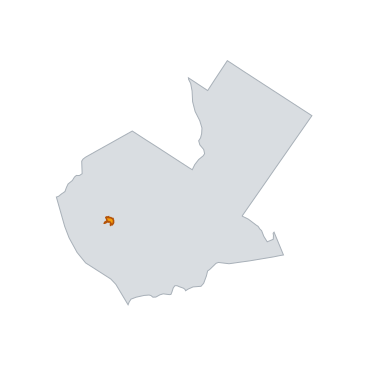 Lago De Atitlan, Sololá, Guatemala shown in context, rotated 33°
{"feature_id": "79465075B18487207511943", "entity_name": "Lago De Atitlan", "entity_type": "district", "adm_level": 2, "iso_a3": "GTM", "parent_name": "Guatemala", "parent_adm1": "Sololá", "projection": "robinson", "projection_center": [-91.2, 14.679], "detail": "fine", "context": "in_parent", "style": "filled", "palette": "amber", "viewbox_px": 384, "rotation_deg": 33, "n_neighbors": 0, "source": "geoboundaries", "source_scale": "gbopen_adm2", "svg_char_len": 3861}
<svg xmlns="http://www.w3.org/2000/svg" viewBox="0 0 384 384"><g transform="rotate(33 192 192)"><path d="M81.0,270.1L82.4,268.4L83.6,264.7L85.2,260.8L84.2,256.4L83.7,252.8L85.4,247.5L85.3,243.5L86.0,241.1L88.6,239.5L89.9,236.5L82.7,226.2L82.7,223.8L83.7,220.9L89.5,209.8L96.5,196.6L104.1,182.1L108.7,173.4L125.5,173.4L136.5,173.3L150.6,173.3L165.9,173.3L175.9,173.3L180.1,173.2L179.4,167.5L179.9,161.2L181.7,155.5L181.7,153.0L178.7,150.0L172.9,148.2L169.7,145.4L169.7,142.0L168.3,137.8L165.5,132.9L159.6,127.9L150.8,122.8L143.3,115.9L137.1,107.3L131.8,101.7L127.8,99.4L126.8,98.2L138.7,98.3L149.9,98.4L149.9,86.0L150.0,75.0L150.1,62.6L170.3,62.7L194.5,62.7L219.6,62.7L239.4,62.7L251.0,62.7L250.5,78.1L249.9,95.9L249.5,109.0L248.9,126.5L248.4,144.4L247.6,168.8L247.1,184.5L247.4,184.9L254.0,184.1L263.7,184.8L266.1,184.8L269.1,186.1L271.4,186.5L276.4,190.1L282.2,192.8L285.9,187.4L284.0,184.1L282.5,182.4L282.7,181.0L303.0,195.0L300.6,197.2L295.5,202.2L286.2,210.7L277.8,218.4L269.8,225.3L262.6,231.6L261.7,232.2L252.5,236.7L251.0,238.7L249.0,247.5L248.1,249.7L249.8,254.6L251.5,262.2L250.9,266.2L244.6,271.0L241.7,275.4L240.4,278.3L239.2,277.5L237.3,277.3L232.7,278.4L230.5,278.7L228.7,279.9L228.5,282.6L229.7,287.1L230.1,289.4L228.9,290.4L223.3,293.1L221.1,295.7L218.9,299.8L216.5,301.5L213.9,301.2L212.1,301.8L208.2,304.8L202.4,310.7L199.2,315.1L199.2,318.4L199.8,321.4L178.4,310.9L171.3,309.2L141.4,309.4L128.6,305.3L113.9,297.4L104.0,290.2L81.0,270.1Z" fill="#d9dde1" stroke="#a8b0b8" stroke-width="1"/><path d="M140.3,257.3L140.2,257.2L140.0,257.3L139.8,257.6L139.7,257.7L139.4,257.7L139.2,257.6L138.9,257.6L138.7,257.8L138.5,257.7L138.4,257.7L138.1,257.8L137.9,257.7L137.8,257.8L137.7,258.0L137.3,258.0L137.2,258.1L137.0,258.3L136.8,258.3L136.7,258.3L136.6,258.5L136.5,258.4L136.4,258.4L136.2,258.3L136.0,258.6L136.0,258.8L135.8,258.8L135.6,258.9L135.4,258.8L135.2,258.9L135.1,259.0L134.9,258.8L134.9,258.7L134.8,258.8L134.7,258.9L134.7,259.0L134.3,259.4L134.2,259.4L133.9,259.4L133.8,259.5L133.7,259.8L133.6,260.1L133.6,260.3L133.7,260.5L133.8,260.6L134.0,260.6L134.3,260.6L134.5,260.4L134.5,260.5L134.6,260.8L134.8,260.9L134.9,261.1L135.0,261.2L135.3,261.4L135.4,261.5L135.5,261.6L135.8,261.7L135.9,261.8L136.1,262.0L136.2,262.3L136.2,262.5L136.3,262.5L136.3,262.9L136.2,263.0L136.3,263.1L136.5,263.2L136.5,263.3L136.4,263.4L136.4,263.5L136.2,263.8L136.2,264.0L135.9,264.1L136.0,264.2L135.9,264.3L135.7,264.4L135.7,264.5L135.5,264.8L135.3,265.0L135.4,265.3L135.4,265.5L135.4,265.8L135.4,266.0L135.5,266.0L135.6,265.9L135.9,265.6L136.0,265.5L136.1,265.4L136.2,265.2L136.3,265.0L136.4,264.9L136.5,264.8L136.6,264.6L136.6,264.4L136.4,264.3L136.5,264.2L136.6,263.9L136.8,263.9L136.9,263.7L136.7,263.5L136.8,263.4L137.0,263.4L137.0,263.2L137.3,263.0L137.3,262.9L137.3,262.7L137.2,262.6L137.4,262.6L137.5,262.6L137.8,262.6L138.0,262.7L138.1,262.4L138.3,262.5L138.5,262.5L138.5,262.4L138.5,262.1L138.8,262.0L139.0,262.1L139.3,262.0L139.5,262.0L139.8,262.0L140.0,261.9L140.2,262.0L140.3,262.0L140.3,261.8L140.4,262.0L140.4,262.3L140.5,262.5L140.5,262.4L140.6,262.5L140.9,262.6L141.0,262.5L141.0,262.4L141.2,262.5L140.9,262.7L141.0,262.8L141.0,263.0L141.3,263.1L141.5,263.2L141.5,263.3L141.6,263.5L141.7,263.8L141.5,264.1L141.8,264.3L142.0,264.3L142.0,264.1L142.0,263.9L142.1,263.7L142.0,263.4L142.3,263.2L142.5,263.0L142.5,262.9L142.5,262.7L142.8,262.7L142.8,262.8L143.0,262.8L143.0,262.7L143.0,262.3L143.0,262.2L143.1,261.9L143.0,261.6L142.9,261.5L142.9,261.4L143.0,261.3L142.9,261.2L143.0,260.9L143.0,260.6L142.9,260.6L142.9,260.4L142.6,260.3L142.5,260.2L142.4,260.1L142.3,259.8L142.3,259.7L142.2,259.5L142.2,259.3L142.2,259.1L142.0,258.9L141.9,258.8L141.7,258.7L141.5,258.4L141.4,258.3L141.3,258.2L141.2,258.2L140.9,258.2L140.7,258.0L140.5,257.8L140.5,257.7L140.4,257.6L140.4,257.4L140.3,257.3Z" fill="#f59e0b" stroke="#b45309" stroke-width="1.5"/></g></svg>